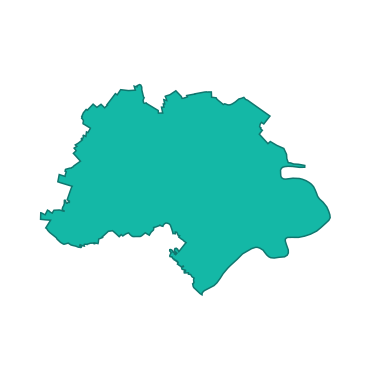 outline of Bac Ninh, Bắc Ninh, Vietnam, rotated 119°
{"feature_id": "81297802B63234506717185", "entity_name": "Bac Ninh", "entity_type": "district", "adm_level": 2, "iso_a3": "VNM", "parent_name": "Vietnam", "parent_adm1": "Bắc Ninh", "projection": "equal_earth", "projection_center": [106.088, 21.175], "detail": "fine", "context": "isolated", "style": "filled", "palette": "teal", "viewbox_px": 384, "rotation_deg": 119, "n_neighbors": 0, "source": "geoboundaries", "source_scale": "gbopen_adm2", "svg_char_len": 6020}
<svg xmlns="http://www.w3.org/2000/svg" viewBox="0 0 384 384"><g transform="rotate(119 192 192)"><path d="M277.1,133.4L275.1,134.2L272.3,133.4L263.2,127.4L259.4,126.2L253.8,125.5L248.4,125.2L241.2,123.8L238.0,122.9L229.1,119.9L221.6,117.8L217.4,115.3L212.6,112.4L209.6,109.6L208.7,108.0L208.3,106.0L208.2,105.4L208.4,101.6L209.3,99.7L210.8,96.2L211.4,93.6L211.3,91.3L209.9,88.1L206.9,84.2L203.8,79.6L201.1,78.1L198.6,78.2L196.0,79.7L192.0,84.2L189.8,86.5L188.1,87.5L186.9,87.3L185.4,86.4L183.3,82.8L180.1,76.9L176.0,72.1L171.4,67.9L165.7,64.0L160.9,62.1L153.9,59.7L150.3,58.6L147.5,58.7L145.1,60.4L142.5,63.2L139.7,66.9L137.4,72.4L136.3,77.1L134.9,80.0L132.7,82.5L130.4,85.4L128.4,88.3L127.3,91.4L126.9,94.1L126.8,97.8L127.3,101.5L128.1,104.6L131.0,110.4L135.3,116.3L136.2,118.3L136.1,120.3L135.2,121.9L133.1,123.3L129.9,125.2L127.9,125.3L126.3,124.6L124.8,123.1L123.0,120.5L121.0,116.6L118.3,109.9L115.7,105.4L114.1,106.2L115.7,111.1L116.3,112.7L118.2,116.6L118.5,118.2L118.7,119.7L119.7,122.0L116.8,125.3L115.8,125.9L113.2,127.6L111.1,130.5L109.4,132.8L110.1,140.3L109.9,148.0L112.9,149.0L108.8,161.2L103.9,160.4L103.5,162.7L102.5,162.7L102.2,164.5L99.6,165.3L97.4,165.0L97.7,162.2L87.8,160.6L85.7,179.8L84.8,187.8L84.8,188.3L85.0,189.3L85.0,190.1L84.1,192.5L84.3,192.7L86.0,194.1L87.9,196.1L90.2,197.0L92.1,197.7L95.3,199.4L97.0,200.7L97.9,201.8L98.5,203.2L98.9,205.7L99.2,206.4L100.3,207.0L99.1,213.7L98.7,215.4L97.9,216.5L99.6,220.8L95.1,223.6L96.7,226.4L97.3,227.3L97.4,227.9L97.9,228.6L98.5,229.5L104.6,236.9L104.7,236.7L105.1,236.9L105.7,238.0L110.2,243.4L111.0,242.1L112.0,242.9L113.3,244.2L113.6,244.4L113.8,244.5L114.9,246.1L113.6,247.8L111.3,255.2L117.7,258.5L120.7,261.4L121.3,261.8L123.1,259.5L124.3,258.4L124.4,258.8L124.9,261.4L128.2,258.6L128.9,259.8L130.6,258.4L131.4,257.7L132.6,259.8L137.1,255.9L139.3,259.6L137.1,261.1L137.1,261.5L136.6,274.6L136.3,275.3L137.3,276.3L137.5,276.6L137.5,277.2L137.3,277.7L136.7,278.4L136.1,278.5L135.7,279.2L135.0,279.4L134.2,279.4L133.3,279.6L132.8,279.5L132.5,280.3L131.4,281.4L126.8,285.6L126.5,285.7L124.6,286.8L123.3,288.7L123.5,290.0L125.8,291.6L126.5,291.0L127.0,291.8L127.5,293.9L130.4,290.9L134.1,296.7L137.1,304.0L143.3,304.5L143.1,306.7L149.6,307.6L157.0,308.7L157.1,308.1L160.7,309.2L159.4,314.1L164.1,316.2L163.1,321.1L171.2,323.2L171.1,324.6L175.3,325.4L179.5,325.0L179.5,324.5L181.0,324.3L181.1,323.8L181.4,322.9L182.2,321.6L182.7,321.3L183.9,321.0L184.8,320.6L184.9,320.4L185.1,320.3L185.4,311.8L185.7,311.7L190.5,311.8L190.5,312.4L190.6,313.4L194.9,311.8L194.9,314.3L195.3,314.6L196.7,313.7L197.0,313.6L198.6,313.7L198.6,314.5L199.3,314.6L199.7,313.2L204.3,315.1L207.4,316.9L207.9,314.8L210.8,316.4L211.9,313.5L212.3,313.4L215.7,314.5L219.1,304.5L226.2,307.9L227.4,308.3L228.0,308.3L229.1,309.2L229.7,309.3L230.2,310.2L230.6,310.7L233.4,313.5L233.7,313.6L235.4,313.0L235.2,311.9L235.5,311.7L238.4,311.2L239.9,310.6L241.1,316.6L248.1,314.3L248.0,313.7L247.7,311.8L245.5,301.5L245.1,299.6L245.9,299.7L246.4,299.6L251.9,298.7L259.3,297.4L259.4,294.8L260.6,294.2L260.7,294.4L260.8,295.3L261.0,295.5L262.1,295.5L262.3,295.8L262.7,296.4L260.7,298.9L260.7,299.2L261.2,299.6L264.0,298.1L264.4,297.9L264.9,297.9L265.7,297.7L266.6,297.6L267.6,297.7L268.4,297.6L269.8,297.2L270.3,296.9L270.8,296.8L270.4,295.2L270.4,294.9L270.5,294.7L270.9,294.6L271.0,294.9L271.9,299.0L272.6,300.2L274.9,303.9L276.4,304.0L277.9,304.0L278.2,304.0L278.3,305.6L278.2,306.9L277.9,307.5L277.9,307.9L277.9,309.6L283.1,309.4L283.2,310.2L283.3,313.6L283.5,314.2L289.3,311.2L287.3,306.5L285.2,302.0L285.4,302.0L294.3,302.5L294.3,302.4L294.5,301.4L294.5,301.2L295.4,299.7L295.8,298.6L296.2,297.4L296.4,296.7L297.8,288.4L298.1,288.1L298.3,287.7L298.7,287.0L299.7,283.0L299.8,282.6L299.9,279.7L299.8,279.4L299.8,278.7L299.7,278.6L299.1,277.9L296.7,275.5L297.0,272.2L296.5,270.1L295.7,267.4L295.4,264.8L295.0,263.7L294.6,263.6L294.6,262.6L294.2,262.1L293.6,262.1L293.1,262.3L293.0,262.6L293.2,264.2L292.3,264.3L292.2,262.1L291.5,260.0L290.8,260.7L290.0,260.8L289.0,259.2L288.8,258.3L288.5,258.3L286.1,256.1L284.7,253.8L284.7,252.6L284.2,252.7L284.1,252.3L283.8,252.6L282.7,249.2L281.5,249.5L278.4,250.8L275.2,248.2L275.0,248.8L266.9,246.1L265.6,244.3L264.9,243.4L264.4,242.9L264.5,242.2L264.7,241.1L265.3,238.4L265.5,237.6L266.4,234.0L263.6,233.3L264.0,231.2L262.3,230.4L260.9,229.6L260.4,229.3L259.2,228.3L258.5,227.6L259.3,225.3L259.7,223.2L259.6,222.0L256.0,215.7L254.9,214.9L250.4,213.1L250.5,208.4L247.1,208.3L243.9,207.3L242.4,207.8L241.9,207.9L241.6,208.3L240.2,206.8L238.2,205.1L237.4,204.4L237.1,204.2L236.5,204.0L236.6,203.3L236.6,202.8L236.5,202.1L236.3,201.3L236.1,200.8L235.6,201.0L235.0,201.0L233.3,200.7L232.0,200.0L231.3,198.8L231.0,197.1L231.0,196.2L231.5,194.8L233.3,192.8L234.2,191.8L236.2,189.7L237.6,188.5L237.5,188.4L236.6,186.3L235.1,187.2L234.6,185.8L236.9,182.7L236.4,181.6L237.9,181.5L237.9,180.7L238.0,180.2L238.2,179.3L238.4,176.7L238.8,175.4L239.2,172.6L240.2,172.9L250.5,174.6L249.0,176.9L248.8,178.5L249.7,179.5L251.3,179.2L252.2,178.6L252.5,176.5L252.8,175.5L254.8,175.9L254.7,177.3L253.9,177.2L253.7,179.9L253.2,179.9L252.6,181.3L252.6,182.7L253.2,183.5L254.1,183.1L254.5,182.7L254.7,182.1L255.3,180.8L256.6,180.8L258.6,180.5L259.0,180.2L259.2,179.7L258.4,178.2L258.5,178.0L258.6,177.7L259.0,177.5L259.1,177.2L259.1,176.8L259.2,176.7L259.5,176.4L259.6,176.1L259.3,175.4L260.0,174.8L260.0,174.6L260.0,174.4L259.6,173.4L259.9,173.3L259.9,172.7L260.1,172.6L260.1,172.0L259.8,172.0L259.8,170.9L260.5,170.7L260.6,169.8L262.1,169.8L262.6,165.1L261.0,163.8L261.2,163.4L261.4,163.3L262.7,164.4L263.2,164.5L264.4,163.2L263.8,160.8L263.6,159.7L264.1,159.4L264.6,160.3L265.1,160.4L266.1,159.8L265.6,159.3L266.3,159.1L264.4,156.0L265.6,155.3L264.9,153.4L264.8,153.2L266.1,151.0L266.3,148.4L267.6,148.3L267.8,148.1L268.9,147.5L269.6,146.9L269.7,146.7L269.8,146.5L270.5,146.7L270.8,146.5L271.1,146.4L271.4,146.5L271.6,146.5L271.8,146.7L272.0,146.9L274.1,145.1L274.8,144.0L275.6,140.8L276.9,135.8L277.1,133.4Z" fill="#14b8a6" stroke="#0f766e" stroke-width="1.5"/></g></svg>